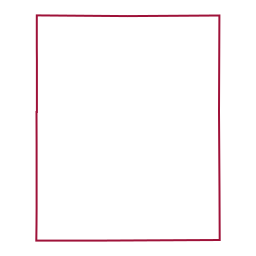 outline of Butler, Kansas, United States of America
{"feature_id": "52423323B56530624161851", "entity_name": "Butler", "entity_type": "district", "adm_level": 2, "iso_a3": "USA", "parent_name": "United States of America", "parent_adm1": "Kansas", "projection": "albers", "projection_center": [-96.999, 37.782], "detail": "fine", "context": "isolated", "style": "outline", "palette": "rose", "viewbox_px": 256, "rotation_deg": 0, "n_neighbors": 0, "source": "geoboundaries", "source_scale": "gbopen_adm2", "svg_char_len": 410}
<svg xmlns="http://www.w3.org/2000/svg" viewBox="0 0 256 256"><path d="M219.4,15.5L127.3,16.1L36.8,15.4L36.8,47.5L36.9,60.0L36.9,60.6L36.9,63.6L36.9,63.8L36.9,79.8L36.9,112.0L36.5,112.0L36.6,144.1L36.6,149.5L36.6,154.8L36.6,165.6L36.6,176.3L36.6,208.4L36.5,224.6L36.3,240.6L68.3,240.6L99.6,240.6L100.1,240.6L219.7,240.0L219.5,191.9L219.0,111.7L219.4,15.5Z" fill="none" stroke="#9f1239" stroke-width="2"/></svg>